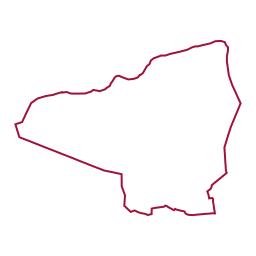 the district of Zabid, Al Hudaydah, Yemen
{"feature_id": "15242507B385493666548", "entity_name": "Zabid", "entity_type": "district", "adm_level": 2, "iso_a3": "YEM", "parent_name": "Yemen", "parent_adm1": "Al Hudaydah", "projection": "equal_earth", "projection_center": [43.361, 14.273], "detail": "fine", "context": "isolated", "style": "outline", "palette": "rose", "viewbox_px": 256, "rotation_deg": 0, "n_neighbors": 0, "source": "geoboundaries", "source_scale": "gbopen_adm2", "svg_char_len": 2712}
<svg xmlns="http://www.w3.org/2000/svg" viewBox="0 0 256 256"><path d="M15.4,124.2L15.4,124.3L18.3,133.7L19.4,137.2L40.0,145.3L50.2,149.3L63.7,154.6L75.4,159.2L78.0,160.3L80.1,161.1L80.8,161.4L94.0,166.6L101.4,169.4L103.7,170.4L112.0,172.1L114.4,172.6L121.6,174.2L121.7,183.0L121.7,186.1L125.0,195.4L124.3,205.8L124.5,205.9L126.3,207.6L127.1,208.5L129.1,210.3L130.0,211.2L130.8,211.9L134.3,210.5L135.7,210.9L137.8,212.1L140.5,212.9L142.6,213.4L145.0,213.8L147.8,215.0L149.8,214.5L151.6,214.1L151.7,208.6L155.5,207.8L161.1,207.1L164.0,206.7L165.3,205.6L166.7,206.0L168.2,207.1L168.4,207.2L171.4,208.8L172.9,209.6L174.0,210.2L175.1,208.9L176.2,209.5L180.5,210.6L184.5,211.5L185.5,213.5L188.2,214.8L192.0,215.1L192.3,215.1L196.3,214.7L198.8,214.5L205.2,213.9L206.1,213.8L208.0,213.7L212.5,213.3L214.7,213.4L214.9,213.4L213.3,203.1L213.0,201.6L213.1,200.2L213.0,198.8L212.1,198.0L209.2,198.4L209.1,197.8L208.8,196.4L208.3,194.0L208.0,193.4L207.3,191.4L210.4,189.1L211.5,187.1L211.8,185.2L212.0,185.0L214.0,183.3L215.1,182.4L215.9,181.7L216.2,181.5L216.3,181.5L219.4,178.9L226.7,172.9L225.9,170.5L225.6,165.6L225.3,161.9L225.3,161.4L225.2,159.7L225.2,159.3L224.4,147.4L224.5,147.3L224.7,146.5L225.0,145.5L225.2,144.9L227.1,138.6L227.6,137.1L228.2,135.0L229.1,132.3L229.2,131.9L229.9,129.9L230.8,127.0L240.6,103.4L239.4,100.7L238.5,98.8L238.2,98.1L237.9,97.5L236.9,95.3L235.1,91.3L235.0,91.1L232.1,84.8L229.2,76.2L229.0,75.7L228.9,75.4L228.8,75.1L228.2,70.3L228.1,70.0L226.9,61.4L226.9,61.0L226.9,57.3L226.9,56.5L226.9,56.2L227.0,55.7L227.7,52.0L228.0,50.7L228.0,49.9L228.0,49.1L228.0,47.5L228.0,47.4L225.9,44.8L225.8,44.6L224.8,42.1L220.8,40.9L217.7,41.1L215.1,41.3L210.5,43.3L209.3,43.6L207.1,44.1L206.8,44.2L204.2,44.8L202.0,45.3L200.2,45.8L197.2,46.5L195.5,46.3L191.7,47.5L188.4,49.2L187.4,49.7L181.3,51.3L180.9,51.4L180.7,51.5L178.3,52.1L178.0,52.1L176.0,52.6L173.4,53.2L170.5,53.8L167.5,54.8L165.4,55.5L163.5,55.5L160.9,55.5L160.7,55.7L159.2,56.3L153.9,58.2L153.7,58.3L152.5,59.2L152.3,59.4L150.9,60.5L149.7,63.7L148.5,65.0L147.4,65.7L146.8,66.3L142.9,73.1L141.1,74.4L139.7,75.3L139.5,75.2L137.9,77.4L134.0,78.8L129.0,79.4L128.0,79.3L126.2,78.7L123.0,77.5L120.5,76.5L119.6,75.9L117.5,75.9L115.8,76.5L114.8,77.4L112.4,81.3L110.9,83.3L109.9,85.8L105.8,88.5L105.4,89.2L104.1,89.6L103.5,89.8L103.3,89.9L100.1,91.0L99.8,91.1L98.4,90.9L94.4,90.1L93.2,89.9L92.8,90.3L90.7,91.8L90.0,92.0L89.8,92.0L85.5,93.4L85.2,93.5L81.6,93.5L81.4,93.5L78.4,93.6L71.2,93.6L68.7,92.8L68.1,92.5L66.5,92.0L66.0,92.1L62.3,92.6L62.1,92.1L58.9,93.0L57.2,93.5L54.3,94.4L54.0,94.7L46.0,96.0L40.6,97.6L37.4,98.6L31.1,103.1L31.0,103.3L25.9,113.9L25.2,115.4L22.1,122.1L19.3,123.0L15.4,124.2Z" fill="none" stroke="#9f1239" stroke-width="2"/></svg>